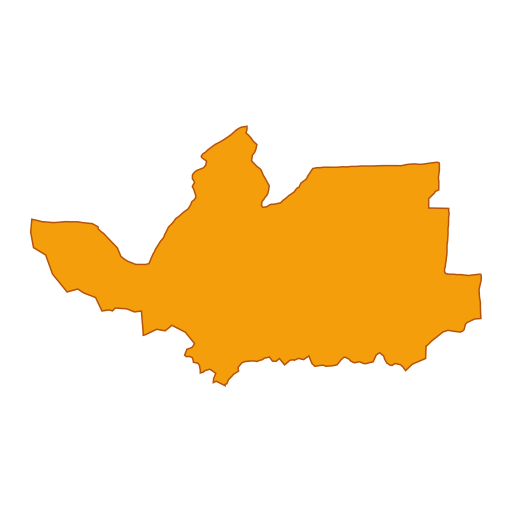 Odeda, Ogun, Nigeria
{"feature_id": "59680162B82944797684000", "entity_name": "Odeda", "entity_type": "district", "adm_level": 2, "iso_a3": "NGA", "parent_name": "Nigeria", "parent_adm1": "Ogun", "projection": "albers", "projection_center": [3.501, 7.325], "detail": "fine", "context": "isolated", "style": "filled", "palette": "amber", "viewbox_px": 512, "rotation_deg": 0, "n_neighbors": 0, "source": "geoboundaries", "source_scale": "gbopen_adm2", "svg_char_len": 4354}
<svg xmlns="http://www.w3.org/2000/svg" viewBox="0 0 512 512"><path d="M31.8,219.2L30.7,232.3L33.5,247.6L45.7,255.0L52.5,274.0L67.1,292.0L77.7,289.0L83.7,292.9L95.6,297.6L102.0,311.0L109.1,309.9L112.5,310.9L115.3,308.0L121.5,308.5L126.7,308.8L134.4,311.9L141.4,311.1L143.2,333.0L143.2,335.3L145.6,334.6L156.6,329.3L165.2,330.8L171.9,325.3L185.3,332.2L194.5,343.5L193.1,346.0L191.8,347.5L190.3,348.1L186.9,349.3L184.7,354.9L184.6,355.1L186.2,356.6L189.7,356.5L192.2,357.5L193.1,359.9L193.4,362.3L197.8,363.2L198.8,364.4L199.5,365.6L200.0,368.8L200.3,369.8L200.3,373.0L203.5,372.0L205.0,370.6L209.9,369.2L215.8,373.3L213.6,378.6L213.3,382.6L215.2,381.7L216.4,381.3L225.1,385.7L224.9,384.5L226.9,383.7L228.4,379.8L231.9,376.2L233.5,374.3L238.6,371.1L238.0,367.6L240.1,364.9L241.8,362.9L244.8,361.6L248.7,361.2L250.5,361.0L254.8,361.0L256.8,361.5L260.0,360.3L262.0,359.8L264.8,358.0L266.3,357.8L268.7,357.2L269.3,356.9L272.5,361.1L276.2,361.3L279.4,358.5L284.6,364.9L290.1,360.2L293.5,359.8L294.2,360.3L298.4,358.4L303.6,359.6L309.0,355.9L309.9,358.5L312.0,363.6L314.9,366.3L320.4,365.4L323.8,365.3L325.8,366.3L329.1,366.0L332.5,365.8L337.1,364.8L340.7,360.2L343.7,357.4L345.0,357.2L348.7,358.9L350.7,361.0L352.7,362.1L354.6,362.8L359.4,361.7L363.8,363.6L366.4,363.6L369.7,362.6L373.1,361.9L376.3,354.9L379.7,352.7L383.7,356.0L384.6,359.1L386.8,363.0L390.0,365.1L392.0,365.5L395.0,363.5L400.4,364.7L402.9,366.9L405.6,370.6L412.4,364.1L425.6,358.5L426.1,345.9L427.0,345.6L431.7,341.0L442.9,332.0L448.0,330.3L454.0,331.3L460.2,332.1L462.5,331.2L464.1,329.6L465.4,324.3L467.2,322.5L474.5,319.0L480.9,318.5L480.7,315.1L480.4,307.3L480.4,302.3L480.0,300.2L479.6,298.0L479.3,294.2L479.0,289.6L479.8,286.0L481.0,281.1L481.3,277.6L480.9,274.4L479.2,274.2L475.3,274.7L471.3,275.1L469.1,275.5L467.1,275.3L464.3,275.1L461.2,274.6L456.8,274.6L453.3,274.2L450.7,274.2L447.6,274.1L445.4,273.3L445.1,272.7L444.5,271.5L444.6,268.8L445.2,267.1L445.5,264.0L446.0,261.3L446.9,253.8L447.0,249.8L447.0,247.2L447.0,244.7L447.5,241.9L448.0,234.3L448.0,232.6L448.0,228.6L448.1,227.8L448.5,225.1L448.6,219.7L448.6,217.5L449.0,214.9L449.1,212.7L448.6,210.9L448.7,208.4L428.7,208.0L428.7,198.7L434.5,193.0L435.3,191.4L438.7,190.0L438.7,189.6L438.8,187.3L438.8,186.5L438.8,186.0L438.8,184.3L438.8,181.7L438.4,177.7L438.9,173.7L439.4,170.2L439.4,167.5L439.4,164.4L439.0,162.7L436.8,162.2L433.3,162.7L427.1,163.5L424.5,164.0L420.5,164.4L414.0,163.9L407.4,164.4L401.2,165.7L392.8,165.6L389.6,165.6L388.5,165.6L383.2,165.6L372.2,166.0L366.9,166.0L361.1,166.0L360.8,166.0L356.8,166.4L351.1,166.4L347.6,166.9L341.9,166.8L336.6,167.3L323.9,167.2L319.5,167.7L316.8,167.7L312.9,168.5L311.5,170.3L310.2,172.5L308.9,174.3L307.5,176.5L306.6,178.7L304.4,180.5L300.9,183.1L299.1,187.1L297.3,188.0L296.0,189.3L294.2,191.9L291.1,194.1L288.9,195.5L287.1,197.2L284.4,199.4L283.1,200.3L281.8,201.6L280.5,202.9L277.8,203.4L276.1,203.8L273.9,204.3L271.7,204.2L269.9,204.7L268.6,205.6L266.4,206.9L262.8,207.3L261.5,205.5L262.0,201.6L262.3,201.2L263.8,199.4L265.1,197.2L266.5,195.8L267.8,193.6L268.7,189.6L269.2,185.7L267.5,182.6L265.3,178.6L263.2,175.0L261.5,171.0L260.6,169.3L258.4,167.5L256.7,166.2L251.5,160.8L251.9,158.6L252.4,155.1L254.6,152.4L256.0,148.9L256.4,146.7L256.9,144.5L253.4,141.4L251.2,138.3L251.2,138.2L248.6,135.2L246.0,133.0L246.9,129.9L247.0,126.3L241.3,127.2L238.6,128.5L237.6,129.2L235.9,130.3L231.1,134.7L226.6,137.8L222.7,140.4L219.6,142.2L215.2,144.4L211.6,147.0L207.6,150.1L205.4,152.3L203.2,153.6L201.2,156.2L201.8,157.6L206.6,161.2L205.7,165.1L205.4,165.5L203.5,167.8L201.3,168.7L196.9,170.4L195.1,171.7L193.3,173.5L192.4,175.3L192.4,178.8L193.7,180.6L194.6,182.8L193.2,184.6L192.3,186.8L193.6,189.0L195.7,195.2L195.7,197.8L193.9,200.0L191.7,201.8L191.2,203.3L190.8,204.5L189.5,206.7L188.1,208.9L183.3,212.4L178.9,216.4L175.7,218.6L174.0,221.2L171.3,224.3L168.6,226.9L166.4,231.4L164.6,234.9L163.7,237.5L160.6,241.1L157.0,246.8L155.6,249.0L154.3,252.1L153.4,253.4L152.1,256.1L149.6,262.0L148.9,263.6L145.4,264.5L139.2,264.4L135.7,264.4L127.8,261.3L124.3,259.1L120.9,256.4L117.4,248.0L115.7,246.2L103.5,233.4L100.8,231.4L100.5,231.1L99.5,230.2L98.3,228.9L97.9,226.7L96.0,225.7L92.2,223.6L83.0,222.7L77.7,221.8L70.7,221.8L68.0,221.7L64.5,221.7L59.7,222.2L53.6,222.6L42.1,221.7L38.6,220.8L37.4,220.5L34.7,219.9L31.8,219.2Z" fill="#f59e0b" stroke="#b45309" stroke-width="1.5"/></svg>